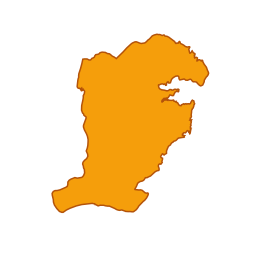 the district of Tanga Urban, Tanga, United Republic of Tanzania, rotated 16°
{"feature_id": "72390352B10610893489740", "entity_name": "Tanga Urban", "entity_type": "district", "adm_level": 2, "iso_a3": "TZA", "parent_name": "United Republic of Tanzania", "parent_adm1": "Tanga", "projection": "robinson", "projection_center": [39.063, -5.126], "detail": "fine", "context": "isolated", "style": "filled", "palette": "amber", "viewbox_px": 256, "rotation_deg": 16, "n_neighbors": 0, "source": "geoboundaries", "source_scale": "gbopen_adm2", "svg_char_len": 5771}
<svg xmlns="http://www.w3.org/2000/svg" viewBox="0 0 256 256"><g transform="rotate(16 128 128)"><path d="M65.6,74.3L65.9,78.5L66.0,84.0L65.8,89.3L66.1,91.2L66.6,92.9L66.5,94.6L66.7,96.3L67.5,101.1L67.8,102.4L68.4,103.0L69.0,103.4L70.0,103.4L70.7,103.1L71.0,103.2L71.8,104.1L72.1,103.7L72.1,103.1L72.5,102.3L73.2,103.4L72.6,103.9L72.6,104.4L73.0,105.0L73.7,104.6L73.7,103.7L74.2,103.1L74.8,103.9L75.4,103.9L76.2,104.7L76.5,106.9L76.1,109.3L76.7,111.4L76.9,113.3L77.3,119.2L78.4,123.6L80.2,126.1L81.4,126.7L82.1,127.9L84.7,129.0L85.0,130.1L84.5,137.6L84.9,139.3L86.7,141.9L89.5,144.8L91.2,147.0L92.8,150.0L93.3,151.8L94.2,155.8L94.4,158.7L94.2,161.6L96.3,164.1L97.2,166.2L96.7,168.8L95.1,171.1L94.2,173.3L94.3,175.1L95.5,176.8L96.3,178.6L97.5,179.9L98.7,183.2L98.4,185.9L97.8,187.4L97.2,188.2L93.1,190.2L90.6,190.3L87.1,193.0L85.8,194.5L85.1,196.5L85.7,198.8L85.7,200.9L84.5,202.2L79.7,206.2L77.2,207.6L75.1,208.3L73.7,209.6L73.1,211.7L73.7,213.4L75.9,217.3L76.8,219.8L78.5,222.3L81.7,225.0L85.1,227.1L87.5,227.3L88.9,226.9L91.4,223.8L94.4,221.1L99.7,217.2L104.7,214.3L114.4,210.3L115.5,210.3L116.8,210.0L117.5,210.7L118.1,210.5L120.7,211.1L122.6,209.9L125.9,209.0L127.7,209.0L129.9,208.7L131.7,208.2L137.4,209.0L139.3,209.5L140.7,209.6L142.5,209.5L144.6,208.5L149.1,208.8L150.0,208.5L150.9,208.4L152.8,207.8L155.2,207.4L156.1,207.1L156.5,206.8L158.5,204.2L159.4,201.9L159.9,200.0L162.9,194.3L163.9,193.0L165.1,190.2L165.7,187.4L165.7,185.7L164.9,185.0L163.9,185.5L162.4,185.6L158.8,184.0L157.2,184.0L155.5,184.6L151.7,185.2L151.4,184.9L152.2,181.7L152.5,178.8L152.9,177.8L154.3,176.2L156.4,175.0L157.3,174.1L157.8,173.2L158.4,171.0L160.0,170.5L161.4,169.1L162.9,167.9L166.0,162.8L167.4,161.3L169.3,160.3L169.4,159.5L168.9,158.1L167.9,156.8L167.5,155.6L167.6,154.6L168.6,153.6L169.1,153.8L169.6,153.7L170.4,151.7L169.8,150.8L169.8,148.4L169.5,147.5L167.9,147.3L167.3,146.5L167.4,145.6L168.2,143.3L168.9,143.4L170.1,144.0L170.6,143.2L172.0,141.8L171.4,139.7L171.4,138.3L171.8,135.1L172.2,134.0L173.5,132.5L173.7,131.1L174.6,129.6L175.2,129.2L175.3,128.7L175.7,128.1L177.2,127.1L177.8,126.4L178.8,124.4L179.4,123.7L183.7,121.7L184.3,121.6L184.6,121.2L184.2,120.7L184.6,119.7L182.4,120.1L182.1,119.1L182.4,119.0L182.6,118.5L182.4,118.2L182.5,117.8L183.0,117.1L184.6,116.8L185.7,114.2L187.2,114.4L187.4,115.0L187.7,114.7L187.8,115.2L188.6,115.4L188.7,115.6L188.7,116.4L188.9,116.6L189.0,116.5L188.9,116.3L189.2,115.7L188.8,112.9L188.1,112.5L188.7,112.6L188.5,112.0L188.8,111.9L188.8,111.6L188.1,111.0L188.4,110.7L188.0,110.6L187.6,109.7L187.7,108.6L187.6,108.1L187.8,107.9L187.4,107.2L187.2,107.1L187.3,106.9L187.2,105.0L186.8,104.5L186.8,104.2L187.0,103.8L186.6,103.2L186.8,102.7L186.4,102.8L185.9,103.5L185.3,103.4L185.5,103.1L185.3,102.4L185.2,101.1L185.5,100.8L185.5,101.6L185.6,100.5L185.8,99.9L185.7,99.0L186.2,98.8L185.7,98.9L185.2,98.4L184.7,95.1L184.4,94.0L184.3,93.1L184.6,92.5L184.6,91.5L185.2,90.6L185.1,89.7L185.2,88.8L185.0,87.4L185.3,87.0L185.3,86.1L184.5,85.4L184.1,84.3L183.6,83.7L182.9,83.8L182.2,83.5L181.9,83.9L181.4,85.7L181.3,87.1L180.5,87.9L179.4,88.0L178.7,88.4L178.2,88.4L177.6,88.9L177.1,88.9L176.9,88.7L175.4,89.7L175.2,89.6L175.4,89.3L175.2,89.0L175.3,89.4L175.0,89.3L173.2,90.8L172.9,91.3L173.0,91.4L172.8,92.0L171.2,92.1L170.0,91.3L168.8,90.1L168.2,90.1L167.6,89.7L166.8,89.8L166.8,89.6L166.7,89.7L165.9,89.4L165.0,89.6L164.7,89.5L164.6,89.1L164.1,88.6L162.2,89.5L160.3,89.9L159.8,90.1L159.4,89.8L158.3,89.9L158.2,90.2L158.3,90.5L158.2,90.5L157.6,90.3L157.6,89.8L156.6,90.4L156.6,90.7L156.0,90.8L155.7,90.5L155.3,90.5L154.3,91.3L154.5,91.5L154.1,91.6L153.9,92.3L154.0,92.4L153.8,92.4L154.1,92.8L153.8,92.9L153.8,93.5L153.7,93.6L153.4,93.6L153.1,92.9L153.2,91.9L154.4,89.6L155.6,89.3L158.2,87.8L159.2,84.6L161.7,84.7L162.8,84.2L162.8,83.2L163.2,81.8L163.3,80.7L165.0,79.0L165.6,78.9L166.2,79.4L166.6,78.9L166.3,77.0L165.4,76.8L164.1,77.7L162.7,77.7L161.8,78.1L161.0,79.0L159.8,79.5L158.9,79.2L157.6,79.5L156.2,81.1L155.1,81.6L152.7,81.6L149.8,82.0L148.0,81.7L147.1,81.2L146.4,80.4L145.5,78.6L145.5,78.1L146.2,78.0L147.0,77.1L148.7,76.1L149.6,76.1L150.1,76.3L151.2,75.5L152.4,76.6L152.8,76.5L153.1,76.1L152.8,75.0L152.8,74.0L153.1,73.1L153.7,72.5L154.0,72.6L154.5,73.5L155.6,73.3L156.3,72.8L156.4,69.7L156.8,68.5L157.7,67.0L159.5,65.1L161.5,64.2L162.6,64.7L163.1,65.5L163.4,66.5L164.1,67.2L164.6,67.5L168.3,65.5L169.0,65.5L170.2,66.1L172.1,65.7L173.9,64.2L174.8,63.9L175.6,64.2L176.9,65.2L177.9,65.6L179.2,65.2L180.6,65.0L181.7,65.2L182.5,66.1L183.7,66.5L184.7,67.2L186.2,67.5L187.0,67.0L188.0,66.0L188.5,62.6L188.2,61.0L189.2,57.4L189.9,56.2L190.3,54.9L190.4,53.3L190.0,52.4L188.3,50.4L186.7,48.1L183.5,45.6L181.7,43.7L181.1,42.6L180.5,42.4L180.3,43.3L179.6,43.3L178.9,42.9L177.9,42.7L176.7,43.2L176.4,44.2L175.7,44.4L175.7,42.8L175.4,41.5L174.5,41.2L173.4,41.6L172.9,42.3L172.3,41.7L172.1,39.9L171.7,39.9L171.6,39.7L172.0,38.9L172.1,38.4L171.4,37.9L170.6,37.9L169.9,37.6L168.4,36.1L168.2,36.4L168.2,36.9L167.9,38.0L167.2,38.9L166.8,39.0L166.3,38.3L164.7,35.5L165.1,33.6L165.1,33.2L164.9,33.0L164.4,33.0L162.6,33.9L160.6,33.8L158.7,33.0L157.1,32.6L155.6,32.4L155.0,32.1L154.0,30.7L153.7,30.6L153.3,30.9L153.0,32.5L152.5,32.8L151.7,32.7L150.9,33.5L150.5,33.5L148.9,32.0L142.3,29.5L140.1,29.1L138.3,29.5L137.3,28.7L136.8,28.7L135.3,29.7L133.5,29.4L132.2,29.5L131.7,29.8L130.0,29.9L127.5,31.4L125.9,32.8L124.0,36.7L123.2,37.5L121.8,40.1L120.7,41.6L117.5,43.1L116.1,43.2L113.6,42.9L112.0,42.9L110.8,43.4L108.8,45.1L107.9,46.2L104.8,51.3L102.3,56.3L97.6,64.5L95.2,63.6L93.2,63.3L90.6,62.1L89.6,61.8L87.7,62.1L85.4,61.6L82.2,62.2L80.4,63.3L79.8,64.5L79.2,65.2L76.8,66.4L76.2,67.8L76.2,68.7L76.1,69.2L75.0,70.4L74.2,70.9L73.4,72.7L73.0,73.0L72.4,73.2L71.5,73.3L69.8,72.9L67.1,73.6L65.6,74.3Z" fill="#f59e0b" stroke="#b45309" stroke-width="1.5"/></g></svg>